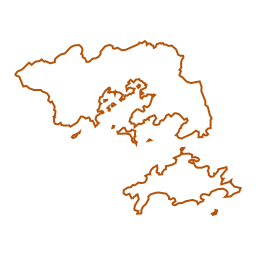 outline of Angra dos Reis, Rio de Janeiro, Brazil
{"feature_id": "56859067B69907302003048", "entity_name": "Angra dos Reis", "entity_type": "district", "adm_level": 2, "iso_a3": "BRA", "parent_name": "Brazil", "parent_adm1": "Rio de Janeiro", "projection": "orthographic", "projection_center": [-44.33, -23.032], "detail": "fine", "context": "isolated", "style": "outline", "palette": "amber", "viewbox_px": 256, "rotation_deg": 0, "n_neighbors": 0, "source": "geoboundaries", "source_scale": "gbopen_adm2", "svg_char_len": 5888}
<svg xmlns="http://www.w3.org/2000/svg" viewBox="0 0 256 256"><path d="M148.6,43.5L146.8,44.9L146.6,42.5L144.8,41.1L142.1,43.2L139.4,42.6L138.4,44.2L125.5,49.9L121.8,50.2L117.5,47.7L114.2,48.8L113.0,48.2L112.4,46.0L110.0,45.0L107.0,45.6L105.0,46.5L100.6,51.6L100.6,54.0L98.6,56.8L95.5,58.4L92.8,58.6L89.2,61.7L87.9,61.9L86.5,61.9L85.0,58.3L82.8,57.4L82.5,54.6L81.2,53.9L82.6,50.2L81.8,47.5L79.4,45.1L74.5,45.4L70.7,47.2L64.9,53.4L61.0,54.4L56.9,57.2L54.9,59.4L54.8,62.1L50.3,63.3L45.6,61.2L44.3,61.7L41.5,59.4L39.7,61.0L35.3,61.7L31.6,64.8L29.1,62.7L22.2,69.4L17.4,71.6L15.4,74.3L16.0,75.5L19.3,76.7L23.3,86.5L26.4,85.9L29.3,88.3L34.0,90.0L40.9,90.0L42.0,91.3L47.1,93.4L49.2,96.5L48.2,100.5L50.6,102.5L51.9,101.5L54.7,106.7L54.1,110.1L55.4,110.8L55.2,114.1L54.8,115.6L53.7,116.7L55.0,117.3L54.0,118.4L54.0,119.9L54.4,122.9L55.5,124.0L58.1,124.4L60.6,122.8L61.4,124.9L64.1,125.6L69.3,125.4L70.3,126.7L77.2,122.5L80.9,116.6L82.9,116.6L85.7,118.6L88.8,117.4L89.9,118.7L90.3,120.9L92.4,120.7L93.3,121.7L95.3,126.6L98.8,123.0L97.5,122.4L95.5,119.2L96.5,116.0L101.4,112.9L102.7,113.3L103.5,112.3L102.1,111.0L97.9,111.7L97.5,110.1L99.2,108.4L99.9,104.4L101.2,103.6L99.0,101.7L100.1,97.3L102.6,96.5L102.8,94.9L105.2,91.1L109.0,87.6L110.1,88.2L110.0,89.7L108.9,90.4L108.1,92.4L109.6,92.8L110.8,92.0L114.1,91.9L114.9,94.4L115.6,91.1L117.0,92.3L119.7,92.5L123.0,95.0L119.8,99.8L121.1,100.8L122.1,99.0L123.2,99.6L124.6,98.6L124.6,96.8L125.5,95.3L127.4,95.7L129.7,93.7L131.0,94.3L132.1,93.0L133.7,92.8L133.4,91.2L134.6,88.7L131.6,88.4L130.3,87.5L128.8,87.9L126.8,90.3L126.1,86.0L129.6,83.3L128.3,82.3L130.6,79.8L133.7,82.4L135.7,79.7L139.2,79.1L139.9,80.5L141.9,81.1L143.6,83.0L145.3,83.4L145.0,84.9L146.5,85.0L145.8,87.7L140.9,90.0L140.3,91.1L140.3,92.6L141.6,91.9L143.2,93.5L140.4,94.6L140.5,97.7L141.9,98.6L143.4,96.3L146.5,96.0L147.2,94.5L151.4,94.6L152.0,95.8L153.7,94.4L155.0,95.0L152.2,97.6L150.0,104.6L148.1,106.8L146.8,107.2L144.3,105.9L143.2,107.0L144.5,110.4L143.5,111.5L141.9,111.4L138.6,109.4L136.6,109.5L133.0,112.8L131.5,115.7L131.9,117.1L130.4,118.0L129.5,121.5L130.9,122.2L131.4,123.6L133.1,123.4L134.6,124.1L134.6,127.1L139.0,123.5L140.4,124.3L144.1,122.6L143.6,120.7L144.5,119.9L146.1,120.0L147.3,118.7L148.8,119.6L148.7,117.5L154.5,115.2L156.2,118.3L154.0,121.3L153.3,123.5L154.2,124.6L156.1,125.0L159.1,124.3L160.1,121.4L161.5,120.3L163.3,120.4L165.6,117.5L166.0,115.9L167.4,114.9L168.8,114.3L171.0,116.6L174.6,113.3L176.0,113.2L179.3,114.3L184.2,119.7L186.7,118.5L187.7,120.3L186.1,122.9L183.5,123.6L181.1,126.3L181.3,127.8L179.8,128.6L178.5,132.2L175.9,135.3L177.3,135.6L178.4,137.6L181.3,138.6L191.8,133.8L195.8,130.7L198.8,132.1L198.5,137.3L202.4,137.0L202.5,135.6L203.7,134.1L204.8,135.4L207.3,135.2L208.1,134.0L206.2,131.9L206.1,130.5L207.9,128.6L210.6,128.1L210.6,120.1L211.6,118.2L209.8,114.9L207.8,106.9L205.3,104.8L205.4,101.4L201.3,90.9L201.6,87.0L199.7,81.4L190.8,83.1L186.5,81.5L182.3,77.1L180.2,76.1L179.4,75.0L181.0,71.0L179.5,69.9L181.3,67.6L181.1,63.3L181.6,60.4L183.4,57.4L183.2,55.8L180.4,55.8L178.1,54.6L176.2,49.5L171.8,45.6L168.6,45.9L166.0,44.6L163.7,44.5L162.9,43.0L161.3,43.7L160.3,43.0L156.9,44.1L155.4,47.2L153.8,47.9L153.1,45.5L151.4,45.1L150.5,43.7L148.6,43.5ZM181.4,151.1L181.0,154.4L179.9,155.4L174.0,158.0L176.4,159.6L175.6,162.9L171.7,165.0L165.9,166.2L165.9,169.2L164.2,169.7L162.2,172.5L162.2,174.3L159.1,174.6L158.8,173.1L157.3,172.9L156.5,171.8L157.5,168.6L157.0,165.5L153.3,167.6L151.3,169.7L149.9,172.8L150.2,174.4L148.4,174.2L145.3,175.9L146.8,177.4L146.7,179.2L145.0,182.3L141.6,183.1L138.6,182.5L134.9,185.2L132.7,185.1L131.0,187.1L127.6,187.6L123.7,190.2L123.6,193.3L126.1,195.1L129.5,193.8L131.5,198.3L133.0,198.2L134.1,196.7L135.6,196.1L136.3,194.7L137.5,194.4L138.8,199.1L135.2,205.0L134.3,208.3L134.6,210.1L138.3,211.1L137.2,213.7L141.3,213.4L141.4,210.0L143.0,206.6L145.8,204.2L148.6,199.2L148.3,196.5L150.8,194.3L155.7,192.8L158.7,192.5L166.3,193.7L168.9,196.9L169.1,199.0L170.5,199.4L173.4,198.1L174.7,198.7L175.5,201.4L172.8,202.9L172.6,204.1L173.7,205.1L175.3,205.2L178.3,203.3L182.4,202.9L185.7,201.3L192.7,199.9L196.9,201.4L197.8,204.1L200.3,202.0L202.8,201.3L203.6,199.8L201.0,198.5L200.5,196.9L201.3,195.2L203.0,194.1L204.9,194.1L209.3,195.3L211.3,191.8L217.7,189.2L223.1,188.7L226.1,190.2L227.6,192.1L227.5,194.2L225.1,196.9L230.8,196.4L233.4,194.0L239.3,191.7L240.6,188.0L234.3,186.6L230.9,182.8L231.3,180.1L229.0,182.0L221.3,184.4L221.4,182.5L223.5,178.8L222.0,179.1L221.0,176.1L226.8,169.2L226.4,167.2L218.3,169.3L218.1,170.8L216.4,173.0L215.5,173.9L214.1,173.6L214.5,175.1L213.5,176.3L210.8,176.9L208.7,174.9L208.8,172.9L207.8,171.0L209.0,167.7L208.3,166.3L206.6,166.0L201.8,167.7L197.3,167.7L195.5,166.5L193.3,162.0L192.4,163.2L189.1,162.0L189.4,160.7L191.1,160.0L194.5,160.1L196.2,161.4L198.0,161.2L199.1,159.7L198.3,158.3L195.4,157.1L192.1,157.5L192.0,154.8L189.1,153.6L182.5,153.9L181.4,151.1ZM126.4,131.3L124.6,127.7L123.0,127.9L119.1,131.5L117.4,131.7L118.1,133.8L125.9,133.5L129.8,134.4L132.3,138.7L131.7,140.1L133.2,142.4L135.8,142.8L136.3,144.0L136.7,142.0L134.5,140.4L134.3,138.5L134.4,136.9L135.5,136.1L134.9,134.5L135.4,131.0L131.6,129.7L130.7,131.1L128.5,131.7L126.4,131.3ZM77.9,133.4L72.8,135.6L71.9,137.3L73.2,138.1L76.0,136.7L77.9,133.4ZM212.9,214.9L216.2,213.8L217.1,210.5L215.4,210.0L215.4,211.9L211.9,213.8L212.9,214.9ZM112.2,106.6L115.3,104.7L113.5,103.3L112.2,103.6L111.4,105.2L112.2,106.6ZM181.4,151.1L183.1,149.5L184.1,147.9L181.6,148.0L180.6,149.5L181.4,151.1ZM139.5,87.1L140.2,85.4L138.7,84.6L137.2,86.5L138.3,87.9L139.5,87.1ZM104.3,101.6L108.0,99.6L104.1,100.1L104.3,101.6ZM113.7,127.6L114.2,126.0L113.0,125.8L112.4,127.9L113.7,127.6ZM108.7,108.7L108.6,110.6L109.8,110.6L109.9,109.1L108.7,108.7ZM148.1,140.9L150.9,140.2L149.4,139.3L148.1,140.9ZM108.7,108.7L108.8,106.6L107.4,108.0L108.7,108.7ZM77.9,133.4L79.4,133.2L79.8,131.8L77.9,133.4Z" fill="none" stroke="#b45309" stroke-width="2"/></svg>